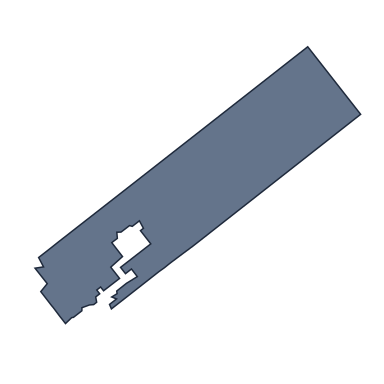 outline of Adams, Colorado, United States of America, rotated 322°
{"feature_id": "52423323B9551062095549", "entity_name": "Adams", "entity_type": "district", "adm_level": 2, "iso_a3": "USA", "parent_name": "United States of America", "parent_adm1": "Colorado", "projection": "robinson", "projection_center": [-104.653, 39.87], "detail": "fine", "context": "isolated", "style": "filled", "palette": "slate", "viewbox_px": 384, "rotation_deg": 322, "n_neighbors": 0, "source": "geoboundaries", "source_scale": "gbopen_adm2", "svg_char_len": 1017}
<svg xmlns="http://www.w3.org/2000/svg" viewBox="0 0 384 384"><g transform="rotate(322 192 192)"><path d="M372.6,148.8L253.4,149.0L162.5,149.1L91.7,149.1L56.3,149.1L46.6,149.2L36.0,149.2L30.8,149.2L28.9,159.6L21.4,155.4L21.5,175.1L11.5,177.4L11.4,195.2L11.5,197.4L11.3,208.3L11.3,217.8L19.9,216.9L21.4,217.8L32.1,217.8L34.0,215.4L41.7,217.9L45.2,220.2L49.0,220.2L51.5,215.4L56.6,215.4L56.6,210.6L61.5,210.6L61.5,215.4L81.7,215.5L81.7,201.2L97.5,200.1L97.6,182.5L99.6,182.5L104.6,182.6L108.0,177.4L111.4,179.9L122.1,180.0L123.8,182.3L132.8,182.3L131.4,190.7L127.6,190.7L127.6,207.5L89.3,207.4L89.3,215.4L96.9,215.4L96.8,225.0L84.2,223.6L71.7,223.7L70.4,226.0L64.1,225.3L66.7,229.8L57.8,229.8L56.5,234.5L76.6,234.5L117.0,234.4L123.7,234.7L128.5,234.6L129.3,234.6L132.3,234.6L152.5,235.0L153.6,235.1L154.4,235.1L156.9,235.1L157.8,235.2L158.3,235.2L159.7,235.2L162.6,235.2L163.8,235.2L164.8,235.2L165.0,235.2L167.2,235.2L167.5,235.2L372.7,234.6L372.6,148.8Z" fill="#64748b" stroke="#1e293b" stroke-width="1.5"/></g></svg>